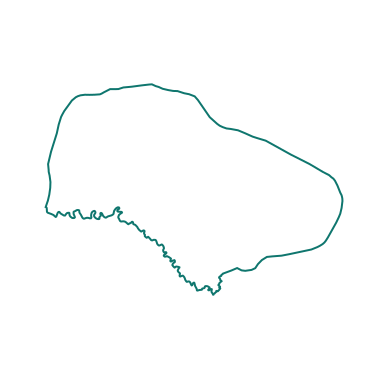 outline of Xaybuathong, Khammouan, Laos, rotated 18°
{"feature_id": "54806243B39902865855878", "entity_name": "Xaybuathong", "entity_type": "district", "adm_level": 2, "iso_a3": "LAO", "parent_name": "Laos", "parent_adm1": "Khammouan", "projection": "albers", "projection_center": [105.527, 17.166], "detail": "fine", "context": "isolated", "style": "outline", "palette": "teal", "viewbox_px": 384, "rotation_deg": 18, "n_neighbors": 0, "source": "geoboundaries", "source_scale": "gbopen_adm2", "svg_char_len": 6010}
<svg xmlns="http://www.w3.org/2000/svg" viewBox="0 0 384 384"><g transform="rotate(18 192 192)"><path d="M243.0,282.1L243.5,282.9L243.7,283.1L244.1,283.0L244.2,282.2L244.9,281.4L245.1,280.7L245.8,279.7L245.7,278.7L245.9,278.5L246.2,278.4L246.5,278.6L246.8,278.6L247.3,278.3L247.9,277.0L248.5,275.6L248.6,274.9L248.1,274.6L247.7,274.7L247.5,274.4L247.6,274.2L247.9,274.1L248.0,273.8L247.9,273.4L247.6,273.2L246.3,272.7L245.9,272.4L245.9,271.8L246.3,271.2L246.2,270.5L246.2,270.2L246.7,269.4L247.1,268.5L247.5,268.1L247.7,267.8L247.5,267.5L246.3,267.2L246.0,266.6L245.2,265.6L244.4,265.3L244.2,265.0L244.3,264.2L244.5,263.9L245.0,263.3L245.6,262.9L245.7,262.6L245.6,261.8L246.5,260.7L246.5,260.3L246.6,260.1L253.7,254.5L258.4,250.4L263.4,251.2L267.0,250.5L272.7,247.7L275.7,244.9L277.0,240.2L279.5,235.1L283.3,230.6L288.3,228.4L296.8,224.9L303.7,221.1L323.3,209.8L328.2,205.7L330.2,203.7L332.3,201.2L333.5,199.2L334.3,197.1L335.3,193.2L338.6,176.6L339.4,170.6L339.7,166.8L339.2,160.9L337.9,154.2L337.1,152.0L336.3,150.5L335.3,148.9L333.2,146.8L328.3,140.9L324.5,137.1L322.3,135.6L320.1,134.9L317.2,133.6L310.4,132.5L295.2,129.1L274.6,125.9L246.2,120.4L236.6,120.6L232.5,120.6L224.1,119.7L216.7,119.1L209.2,120.1L205.2,120.9L201.2,120.8L197.9,120.4L194.8,119.4L185.8,115.4L169.2,102.7L165.0,100.2L159.0,99.9L154.0,100.5L147.0,100.5L142.9,101.7L138.0,102.4L132.2,102.9L127.8,102.4L124.8,102.5L120.6,102.0L118.1,103.0L111.3,106.1L102.1,110.5L94.4,113.8L90.1,116.9L82.3,119.5L77.5,124.3L75.6,126.4L74.2,127.6L69.0,129.7L64.4,131.3L60.1,132.6L56.1,134.5L53.9,136.1L52.2,137.8L49.5,142.1L45.5,154.4L44.7,158.4L44.3,161.1L44.4,169.1L45.3,178.0L45.5,197.3L46.5,209.9L48.8,215.2L49.5,217.1L51.5,220.4L54.3,226.3L55.9,231.9L57.1,238.7L57.6,244.7L57.5,251.5L58.0,251.5L58.6,251.9L59.2,253.1L59.9,255.0L60.2,255.6L60.6,256.0L61.1,256.2L61.6,256.3L64.9,256.4L67.5,256.7L68.8,257.4L70.0,257.8L70.1,257.7L70.5,257.4L70.7,253.6L70.8,253.1L71.0,252.6L71.3,252.2L71.7,252.0L72.0,252.0L72.3,252.1L73.4,252.9L73.9,253.1L77.2,253.9L77.6,253.9L78.0,253.8L78.6,253.5L79.0,252.0L79.5,250.9L79.9,250.5L80.5,250.1L81.5,249.8L81.9,250.0L82.4,251.3L82.9,252.1L83.3,252.5L84.2,253.1L86.1,253.7L87.1,253.5L88.1,253.0L88.3,252.6L88.4,252.2L88.1,251.7L86.3,249.6L85.8,248.5L85.6,247.4L85.9,247.0L86.1,246.8L86.9,246.2L87.2,245.9L87.7,245.1L88.0,244.9L88.9,244.4L89.4,244.3L89.9,244.3L90.4,244.4L90.6,244.8L91.3,246.3L91.7,246.7L93.4,248.0L95.5,250.1L96.1,250.5L96.6,250.7L97.4,250.8L97.8,250.6L99.5,249.3L100.3,248.9L101.7,248.6L103.0,248.6L104.0,248.2L104.2,247.5L104.1,247.0L103.5,246.1L103.2,245.0L103.0,243.6L103.0,242.9L103.3,241.8L103.5,241.4L104.4,240.5L104.8,240.2L105.2,240.2L105.7,240.3L106.0,240.6L106.4,241.1L106.5,241.6L106.5,242.0L106.0,243.9L106.2,244.9L106.5,245.4L107.0,245.8L107.6,246.2L108.8,246.7L110.2,246.9L110.9,246.8L111.6,246.6L112.1,246.3L112.2,246.1L112.2,245.9L111.7,244.9L111.8,244.5L112.5,242.9L112.5,242.6L112.4,242.3L111.6,241.2L111.5,240.8L111.5,240.5L111.7,240.2L111.9,240.0L112.3,240.0L112.7,240.1L113.2,240.4L114.4,241.7L114.9,242.2L116.5,243.0L117.6,243.1L117.9,243.0L118.4,242.7L119.3,241.5L120.0,240.9L122.8,239.0L123.7,237.9L124.0,237.5L124.1,236.7L123.9,235.6L123.8,233.9L124.3,232.2L124.6,231.5L125.0,230.7L125.9,229.7L126.5,229.4L127.1,229.3L127.3,229.3L127.7,229.6L127.9,229.9L127.9,230.2L127.7,230.8L126.8,231.9L126.7,232.4L126.8,233.0L127.0,233.3L127.4,233.5L127.8,233.5L131.1,232.7L131.4,232.8L131.7,233.0L131.7,233.5L130.6,234.8L129.7,236.3L129.6,237.3L129.6,238.5L129.8,239.0L130.1,239.4L131.1,240.2L131.5,240.8L132.2,241.4L132.6,241.8L133.4,242.0L133.9,241.9L135.0,241.4L136.2,241.0L137.3,240.9L138.3,241.1L141.1,242.3L141.4,242.3L141.6,242.2L142.2,241.2L143.3,240.5L144.0,239.0L144.3,238.8L144.8,238.8L145.3,239.2L145.7,239.9L146.1,240.6L146.4,240.7L148.2,240.8L149.2,241.3L150.8,242.2L151.9,243.3L153.7,244.5L155.0,245.0L155.8,245.3L156.1,245.2L157.6,243.6L157.9,243.5L158.5,243.5L158.9,243.8L159.0,244.0L159.1,245.2L159.0,245.6L159.3,246.4L159.6,246.7L160.4,247.2L160.5,247.4L160.6,248.2L160.8,248.6L161.5,248.9L161.7,249.1L162.6,249.4L163.0,249.5L163.3,249.3L164.0,248.3L164.3,248.2L166.4,249.3L167.9,250.3L168.7,250.4L169.0,250.4L170.4,249.3L171.4,249.0L172.1,248.9L172.4,249.0L173.3,249.8L174.8,251.9L175.5,252.5L176.3,252.9L177.2,253.1L178.0,252.6L179.2,251.4L179.8,251.3L180.1,251.4L181.3,252.2L181.9,252.8L182.2,253.4L182.5,253.7L182.7,254.1L182.7,254.5L182.5,256.0L182.7,256.6L183.0,257.2L183.8,257.9L184.2,258.1L184.6,258.0L184.9,257.7L185.7,257.3L186.0,257.3L186.4,257.6L186.5,257.9L186.4,258.4L184.9,260.5L184.8,261.1L184.9,261.4L185.6,261.8L186.1,261.9L187.1,261.5L187.8,260.9L188.1,260.8L188.4,260.8L190.3,261.1L192.3,261.7L192.5,261.8L192.6,262.1L192.6,263.8L192.7,264.2L192.9,264.5L193.2,264.6L193.5,264.6L193.8,264.4L195.1,263.0L196.4,262.3L196.8,262.6L197.1,263.1L197.3,263.9L197.1,264.3L196.5,265.0L196.1,265.8L195.9,266.6L195.9,267.5L196.2,267.8L197.0,268.4L198.3,269.1L198.6,269.2L198.9,269.2L199.1,269.0L199.5,268.2L200.0,267.8L200.2,267.7L202.4,267.4L203.3,267.5L203.4,267.8L203.0,268.6L202.7,270.6L202.7,271.0L202.9,271.5L204.0,272.4L205.3,272.9L205.6,273.1L205.8,273.4L206.0,275.2L206.3,275.8L206.6,276.0L206.8,276.0L207.1,275.9L208.4,274.8L209.1,274.4L209.9,274.7L211.1,275.5L212.2,276.8L212.6,277.5L214.2,278.8L214.7,279.0L215.0,279.0L215.6,278.5L216.1,278.2L216.8,278.0L217.1,278.0L218.0,278.4L218.3,278.6L219.6,280.2L220.3,280.8L220.6,280.9L221.0,280.5L221.1,278.7L221.4,278.0L221.7,277.7L222.0,277.6L222.4,277.8L224.0,280.4L226.2,282.5L226.5,282.9L227.0,283.9L227.3,284.1L227.5,284.1L227.8,284.0L229.2,283.0L231.0,282.2L231.5,281.9L231.6,281.5L231.5,281.1L231.7,280.6L232.2,280.3L232.7,280.0L233.0,279.9L233.3,279.6L233.6,279.1L233.6,278.7L233.4,278.0L233.5,277.8L233.8,277.5L234.2,277.2L235.4,276.9L236.4,276.9L238.2,277.4L238.3,277.7L238.3,278.0L237.7,279.8L237.7,280.1L238.0,280.3L238.4,280.3L238.6,280.2L239.9,278.5L240.7,278.3L240.9,278.4L241.0,278.9L241.2,280.4L241.4,280.9L242.2,281.7L243.0,282.1Z" fill="none" stroke="#0f766e" stroke-width="2"/></g></svg>